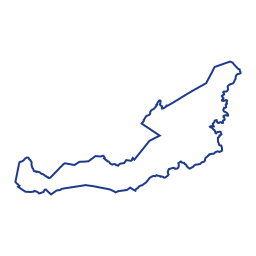 outline of Santiago Comaltepec, Oaxaca, Mexico
{"feature_id": "50627088B9825150146899", "entity_name": "Santiago Comaltepec", "entity_type": "district", "adm_level": 2, "iso_a3": "MEX", "parent_name": "Mexico", "parent_adm1": "Oaxaca", "projection": "mercator", "projection_center": [-96.381, 17.637], "detail": "fine", "context": "isolated", "style": "outline", "palette": "blue", "viewbox_px": 256, "rotation_deg": 0, "n_neighbors": 0, "source": "geoboundaries", "source_scale": "gbopen_adm2", "svg_char_len": 5447}
<svg xmlns="http://www.w3.org/2000/svg" viewBox="0 0 256 256"><path d="M240.5,73.2L240.5,72.1L240.3,71.8L240.1,71.3L239.9,71.0L239.8,70.2L239.7,69.8L239.5,69.3L239.2,69.3L238.6,69.1L237.8,68.5L233.8,64.2L232.6,62.6L230.1,61.6L225.0,63.3L220.6,64.9L214.6,67.0L211.6,73.0L208.7,78.3L207.6,80.4L206.2,83.2L203.3,84.8L198.9,87.2L198.2,87.6L197.8,87.9L195.4,89.2L192.0,91.1L181.8,97.2L178.4,99.4L171.3,103.6L167.5,105.8L167.0,105.5L166.5,105.5L166.2,106.2L165.7,106.9L163.4,108.3L163.2,108.3L162.5,108.5L161.9,108.5L161.8,108.1L162.1,106.7L162.0,106.3L160.7,105.5L160.1,104.8L160.6,101.0L159.9,100.4L159.0,100.6L157.2,103.4L157.4,104.1L157.3,104.7L156.3,104.9L156.4,105.8L154.1,108.7L151.3,110.3L150.1,112.2L150.2,113.1L150.0,114.1L149.0,115.0L147.5,115.6L146.4,115.9L145.1,117.8L144.5,118.8L144.3,119.4L143.7,119.9L143.8,120.9L143.7,121.2L143.0,121.8L142.2,122.9L142.1,123.1L141.9,123.1L141.9,123.3L141.7,123.6L151.0,129.8L159.7,135.6L149.5,140.8L134.3,159.7L132.8,157.9L132.1,159.1L131.9,160.2L131.1,160.8L126.2,160.1L124.1,163.1L120.3,163.6L119.2,164.4L118.0,165.7L117.2,165.2L116.1,165.2L115.5,164.4L114.3,164.1L113.0,164.2L112.3,164.6L111.1,164.1L110.1,163.4L109.6,162.6L108.6,161.5L107.4,161.3L106.8,160.3L105.5,159.8L104.9,159.1L104.0,158.4L104.7,157.7L103.7,156.2L103.0,155.7L100.8,156.5L95.5,156.1L88.4,161.3L84.7,161.6L79.4,161.8L74.5,165.0L64.9,163.3L63.6,164.0L61.9,165.8L59.9,167.7L58.4,169.4L58.0,169.8L54.0,173.9L50.5,177.5L49.7,177.9L49.3,178.1L48.8,178.1L48.5,177.7L48.3,177.4L47.7,177.5L47.3,177.2L46.9,176.7L46.4,176.7L45.9,176.1L45.5,176.0L45.0,175.7L43.7,174.6L42.6,174.0L42.0,174.0L41.6,173.9L40.3,172.9L39.6,172.2L37.4,171.6L36.9,172.1L36.7,172.0L36.6,171.6L35.9,171.3L35.6,171.6L34.0,171.1L33.0,168.6L32.7,168.1L32.3,167.8L31.5,164.8L31.6,163.0L31.6,162.4L31.0,161.3L30.7,160.8L30.3,160.0L29.2,159.3L29.0,158.9L28.7,158.0L28.1,157.7L27.4,157.2L27.5,156.9L27.2,157.3L27.0,157.5L26.8,157.6L26.7,157.7L25.2,158.5L24.9,158.8L24.5,159.1L23.7,160.3L21.7,161.5L20.9,161.6L19.4,162.4L19.0,164.0L18.2,168.1L17.8,170.0L17.6,170.8L17.1,173.6L16.4,177.0L15.4,181.9L16.7,183.4L19.4,185.8L18.1,186.8L25.3,191.7L30.8,192.0L32.5,191.8L33.8,191.6L34.3,190.8L37.3,191.9L39.2,193.5L43.5,192.0L44.7,189.7L45.8,189.5L49.0,192.6L51.1,194.4L56.6,190.5L57.3,190.4L60.3,190.0L61.2,189.3L61.7,188.9L62.7,188.7L63.6,188.5L64.9,188.3L80.7,185.9L85.5,185.1L93.3,186.2L109.8,189.4L114.5,191.6L115.5,192.4L118.6,191.1L127.0,190.0L128.6,188.8L130.2,187.6L133.1,189.6L135.4,190.7L135.5,190.3L135.4,189.9L136.3,188.9L137.1,188.4L137.4,188.4L137.8,188.0L138.4,187.3L138.8,186.6L139.3,186.3L140.1,185.9L141.3,185.4L141.9,185.4L143.5,184.3L144.2,183.7L145.9,182.6L146.7,181.7L146.9,181.4L147.1,181.1L147.3,180.9L147.6,180.7L148.5,179.3L149.8,177.8L150.1,177.6L152.2,176.4L153.2,176.0L154.0,176.0L155.0,176.2L155.7,175.9L156.6,175.2L157.9,175.8L159.0,175.8L160.6,176.7L161.0,176.3L163.0,176.9L164.0,177.6L164.9,177.6L167.4,176.0L168.6,174.6L167.8,172.7L167.9,172.2L167.8,171.9L168.8,169.1L170.4,168.7L172.2,168.1L173.5,167.8L174.7,168.2L175.0,168.8L177.5,168.5L178.7,166.7L178.7,164.4L178.4,163.1L180.9,161.5L181.8,162.5L182.9,162.8L184.2,162.9L184.8,164.1L186.1,164.6L186.6,165.4L186.5,166.0L186.9,166.4L189.0,168.3L189.7,168.6L193.1,166.8L194.2,165.5L195.6,164.6L197.9,164.5L200.3,163.9L201.0,163.0L202.2,162.1L203.8,161.8L204.9,160.7L205.1,159.5L205.2,158.8L205.4,158.1L206.7,157.0L207.7,156.3L207.7,155.9L209.5,154.7L209.5,154.2L211.7,153.8L213.6,153.8L215.2,152.3L217.6,151.3L219.4,152.0L220.3,151.5L221.6,151.1L222.1,150.1L221.9,147.6L221.2,145.5L220.4,145.5L219.5,145.1L218.9,144.5L218.8,143.3L218.0,141.7L217.9,137.7L219.6,136.5L219.4,135.5L221.4,134.5L220.6,131.9L219.7,131.7L217.2,132.1L216.1,133.4L215.6,133.2L214.7,130.4L213.4,129.5L212.3,127.8L211.3,127.6L210.2,127.1L209.9,126.6L210.8,126.1L213.7,126.3L212.7,123.8L214.4,122.0L214.7,120.6L216.6,120.1L217.2,122.1L218.0,123.0L219.2,122.8L219.5,122.4L220.7,122.1L222.2,123.1L223.0,122.8L222.8,121.4L223.2,120.4L224.5,119.9L224.7,119.4L224.2,117.6L223.4,116.9L223.6,115.8L225.8,115.2L228.0,115.7L228.2,115.0L227.7,114.0L227.0,113.0L225.9,112.3L225.2,111.9L224.7,111.8L224.1,111.5L223.6,110.8L223.3,110.1L223.3,109.6L223.6,109.1L223.7,108.9L223.9,108.4L224.1,107.8L224.5,107.8L224.9,107.9L226.1,107.2L226.1,106.4L226.1,105.9L225.9,105.3L225.7,104.9L226.0,104.6L226.1,104.1L226.4,103.9L227.0,103.7L227.0,103.4L226.8,103.1L226.6,102.7L226.6,102.3L226.6,101.9L226.8,101.6L226.9,101.4L227.0,101.0L227.1,100.5L226.5,100.1L226.2,100.0L225.7,100.2L225.2,100.4L224.5,100.6L223.8,100.8L223.4,100.8L222.7,100.8L222.3,100.8L221.9,100.5L222.0,100.0L222.4,99.7L222.7,99.2L223.0,99.1L223.3,98.7L223.5,98.2L223.4,97.8L223.1,97.5L222.6,97.2L222.3,96.8L221.9,96.4L221.8,96.0L222.1,95.6L222.4,95.4L222.9,95.1L223.4,94.9L223.7,94.8L224.1,94.4L224.0,93.7L223.8,93.5L223.6,93.1L223.4,92.7L223.2,92.3L223.4,92.0L223.6,91.7L224.1,91.6L224.4,91.6L224.9,91.5L225.3,91.5L225.8,91.5L226.2,91.5L226.8,91.2L227.1,91.0L227.4,90.6L227.7,90.1L227.9,89.7L228.0,89.1L227.9,88.4L227.9,87.8L227.7,87.2L227.7,86.7L227.8,86.1L228.2,85.8L228.4,85.4L228.8,85.1L229.6,84.6L229.9,84.3L230.5,84.3L231.1,83.9L231.8,83.8L232.5,83.5L233.0,83.3L233.4,83.0L233.8,82.5L233.9,82.2L234.1,81.7L234.3,81.3L234.4,80.9L234.7,80.3L235.0,79.8L235.3,79.2L235.6,78.8L235.6,78.1L235.6,77.7L235.6,77.2L235.7,76.6L235.8,76.2L236.1,75.9L236.3,75.3L236.6,74.9L237.0,74.4L237.3,74.2L237.8,74.0L239.1,73.8L240.5,73.2Z" fill="none" stroke="#1e3a8a" stroke-width="2"/></svg>